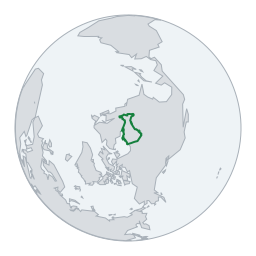 the Earth from above Ontario, rotated 204°
{"feature_id": "CAN-682", "entity_name": "Ontario", "entity_type": "Province", "adm_level": 1, "iso_a3": "CAN", "parent_name": "Canada", "parent_adm1": "", "projection": "orthographic", "projection_center": [-83.246, 49.265], "detail": "fine", "context": "on_globe", "style": "outline", "palette": "green", "viewbox_px": 256, "rotation_deg": 204, "n_neighbors": 0, "source": "natural_earth", "source_scale": "10m", "svg_char_len": 12633}
<svg xmlns="http://www.w3.org/2000/svg" viewBox="0 0 256 256"><g transform="rotate(204 128 128)"><circle cx="128" cy="128" r="113" fill="#eef3f6" stroke="#a8b0b8"/><path d="M141.8,239.8L143.1,239.5L147.5,237.9L152.0,231.1L150.0,229.7L141.7,228.5L131.9,220.7L134.8,216.5L132.5,214.6L140.0,207.7L137.8,201.5L135.2,200.7L132.6,203.4L123.3,199.3L119.9,193.9L91.0,181.0L87.9,177.2L87.8,172.1L77.9,151.1L82.3,169.5L78.5,165.1L75.4,158.0L77.2,157.2L75.1,147.2L71.7,142.1L71.5,129.4L78.3,115.9L79.4,119.1L80.9,115.7L79.6,111.5L78.4,109.7L81.9,94.0L78.8,82.1L74.3,81.0L78.0,79.3L67.1,79.3L63.1,75.5L69.8,78.2L72.2,77.3L70.6,73.9L72.6,72.3L73.1,69.8L75.7,68.3L79.4,70.2L81.2,69.3L79.9,67.0L81.8,64.2L83.3,67.7L86.7,63.2L93.5,66.2L95.5,77.8L101.4,78.9L109.3,89.7L110.7,87.7L114.6,90.9L117.8,89.8L118.3,92.3L120.3,89.3L119.2,87.2L119.7,85.2L121.5,84.4L122.5,87.5L121.8,88.3L123.0,88.8L122.7,90.7L123.9,89.3L124.9,93.2L126.5,88.3L129.4,90.6L129.4,93.5L126.0,94.5L117.6,104.5L116.5,108.2L118.4,112.1L129.1,116.4L129.3,120.1L132.1,124.1L133.5,121.4L131.9,117.3L135.3,113.4L132.8,109.2L133.8,107.1L132.7,102.4L136.5,101.8L140.9,103.8L142.0,107.7L144.0,108.8L145.8,104.2L150.8,110.9L159.1,114.4L160.0,116.4L156.4,121.7L148.9,123.8L144.2,131.5L151.0,125.3L153.1,130.8L155.0,131.3L157.0,130.4L157.7,127.9L159.2,129.7L153.1,136.2L151.6,134.7L153.6,132.6L150.0,133.7L145.9,138.6L147.3,141.2L139.7,146.5L140.6,148.5L139.4,151.0L138.5,147.3L140.0,154.1L131.2,162.4L133.1,173.8L127.2,165.3L122.7,164.3L117.2,164.4L117.4,166.3L110.0,164.4L103.6,167.7L101.7,176.3L104.6,183.1L112.9,184.2L115.1,180.7L121.0,180.2L117.3,189.6L127.7,191.0L126.9,197.6L130.0,200.8L135.1,199.7L140.4,200.8L144.0,196.7L149.9,193.8L150.3,199.0L153.3,193.7L156.8,195.6L168.3,192.4L167.5,193.9L177.3,196.6L187.4,194.9L189.8,197.1L188.6,199.7L192.0,198.5L192.0,199.8L205.1,193.8L211.3,191.8L210.8,195.8L205.0,203.8L198.3,214.0L187.5,221.9L183.8,225.1L173.7,230.9L167.2,233.3L168.1,233.2L165.6,234.2L157.8,236.6L149.9,238.5L141.8,239.8ZM26.4,128.5L27.2,126.5L27.3,128.9L26.4,128.5ZM27.3,124.5L27.1,125.3L27.1,124.4L27.3,124.5ZM27.1,123.3L27.2,124.1L26.9,123.4L27.1,123.3ZM26.7,122.0L26.9,122.6L26.7,122.0ZM132.7,177.6L144.7,181.6L138.1,182.9L139.3,181.9L136.3,180.1L130.6,178.5L124.8,179.7L132.7,177.6ZM26.5,119.5L26.5,118.8L26.8,119.2L26.5,119.5ZM137.5,171.1L135.5,170.8L137.5,170.6L137.5,171.1ZM77.5,109.2L79.4,111.6L79.8,116.1L78.0,114.2L77.5,109.2ZM77.1,101.0L78.6,101.6L76.7,105.0L76.5,103.6L77.1,101.0ZM70.6,80.7L71.7,82.4L69.9,81.3L70.6,80.7ZM72.7,69.7L71.7,69.8L72.3,68.5L72.7,69.7ZM130.7,103.1L131.7,102.8L131.3,103.8L130.7,103.1ZM129.2,101.4L128.2,102.9L127.3,102.3L128.0,101.4L129.2,101.4ZM76.9,65.0L78.3,63.1L77.5,65.4L76.9,65.0ZM130.7,99.8L126.0,101.1L124.5,100.1L125.9,96.0L130.7,99.8ZM79.4,62.1L82.6,57.5L80.7,57.1L87.8,55.8L82.8,60.0L82.2,62.9L81.2,61.6L79.4,62.1ZM118.1,86.9L119.4,89.1L116.7,88.0L118.1,86.9ZM116.3,86.7L107.3,86.6L106.4,83.2L109.6,83.8L107.0,80.1L110.9,78.4L113.2,80.1L113.0,82.6L114.6,80.1L116.3,86.7ZM91.3,55.9L92.6,55.2L91.9,56.3L91.3,55.9ZM119.7,84.3L118.0,84.6L117.0,81.6L120.3,80.6L119.6,81.8L119.7,84.3ZM104.4,80.0L104.2,77.7L107.4,75.6L107.7,74.5L110.9,78.1L104.4,80.0ZM120.7,82.1L122.0,80.2L124.0,80.9L121.4,83.9L120.7,82.1ZM115.4,81.2L115.1,79.8L116.3,80.3L115.4,81.2ZM132.0,82.8L130.0,83.0L129.3,81.4L132.0,82.8ZM122.3,79.4L121.6,79.2L121.1,78.6L122.4,77.5L122.3,79.4ZM112.9,76.4L114.2,76.1L111.7,74.9L114.0,73.4L115.7,76.1L115.9,74.4L116.6,73.9L117.2,76.6L112.9,76.4ZM122.2,74.8L125.1,77.9L129.0,77.8L129.7,79.2L123.3,79.1L122.2,74.8ZM119.2,75.6L121.2,75.4L121.1,77.1L119.6,78.3L119.2,75.6ZM114.9,71.5L111.0,73.0L110.8,72.4L114.9,71.5ZM123.3,74.4L122.6,73.7L123.6,74.2L123.3,74.4ZM117.5,72.0L116.2,72.6L115.9,71.8L117.5,72.0ZM122.2,71.8L123.2,72.7L122.2,73.6L122.2,71.8ZM120.1,71.6L120.1,70.4L121.3,73.3L119.5,71.9L120.1,71.6ZM117.5,71.2L116.9,71.0L118.1,71.1L117.5,71.2ZM125.3,68.2L127.1,71.5L125.0,73.3L123.5,69.8L125.3,68.2ZM82.7,24.9L82.8,24.8L86.4,23.3L86.5,23.4L91.9,21.3L92.2,21.3L96.3,19.9L95.7,20.1L103.4,18.1L111.2,16.6L119.1,15.7L127.0,15.4L134.9,15.6L142.8,16.3L150.7,17.7L158.4,19.5L165.9,21.9L173.3,24.9L180.4,28.3L187.3,32.3L193.9,36.7L200.2,41.5L201.4,42.6L209.2,49.9L216.2,58.0L215.9,58.2L214.5,56.8L214.4,56.7L216.8,59.4L216.1,59.3L218.2,60.5L222.8,67.1L226.9,74.1L230.5,81.4L233.6,88.9L236.2,96.6L238.1,104.4L239.6,112.4L240.4,120.5L240.3,119.5L240.2,119.3L240.3,123.8L239.9,123.6L239.7,126.0L236.6,144.1L234.1,146.1L227.2,143.4L226.6,136.7L223.7,132.5L217.2,100.3L219.0,96.5L217.4,80.1L217.8,78.7L221.4,82.7L223.0,75.2L219.5,69.8L217.5,62.7L214.0,56.9L206.7,50.5L212.4,59.7L210.0,59.4L202.7,50.2L197.2,42.8L196.1,42.5L196.7,45.8L192.6,43.0L196.6,47.0L197.1,46.2L199.7,48.8L199.4,49.7L197.9,48.6L198.7,50.8L205.5,55.8L206.7,55.6L210.7,62.7L213.1,63.0L215.3,65.7L211.9,66.2L210.0,65.0L206.1,68.7L208.5,70.6L212.3,67.3L212.4,68.9L215.6,71.8L213.2,70.9L208.5,74.3L210.1,81.8L217.3,94.7L217.2,99.4L214.8,102.3L207.1,95.2L208.2,85.6L205.5,83.3L200.9,83.9L201.6,81.0L199.9,80.2L199.9,76.8L195.6,71.1L194.9,67.7L189.1,64.8L188.0,62.8L191.8,65.0L194.0,64.9L191.9,57.1L190.2,55.4L186.6,54.3L186.5,52.5L183.3,52.4L180.0,48.1L181.3,53.4L177.1,52.6L172.9,49.8L171.8,50.6L178.6,55.1L181.1,56.1L182.9,55.4L190.0,59.4L191.7,62.3L185.1,62.0L186.7,66.1L180.9,64.4L166.0,52.7L161.8,48.4L163.7,41.7L167.0,42.6L168.0,45.5L170.9,43.1L168.8,43.1L168.7,41.7L164.7,40.9L164.4,39.9L161.0,40.9L160.2,39.6L162.4,39.0L155.7,36.9L153.0,34.4L151.6,34.5L150.9,35.3L147.9,31.7L147.0,32.0L147.7,33.2L146.3,34.5L142.8,35.5L142.0,34.2L143.1,33.7L144.3,30.8L147.5,29.7L146.7,29.3L143.8,29.9L142.4,33.4L140.5,34.4L140.7,32.6L140.5,33.3L139.3,33.4L137.3,32.4L136.9,34.4L124.8,38.2L119.8,36.8L121.3,34.6L112.0,36.6L107.0,35.5L107.6,36.5L103.6,38.5L105.1,38.9L105.0,39.6L95.3,45.5L92.4,46.1L88.9,50.4L89.2,51.0L91.2,50.7L87.8,55.8L80.7,57.1L80.3,55.7L76.1,57.7L75.9,54.1L73.8,52.3L76.0,47.5L74.2,46.7L72.7,47.7L69.1,47.4L66.6,44.0L75.0,42.5L80.0,47.9L78.5,45.2L80.7,44.6L81.4,43.0L80.2,41.4L78.9,41.9L86.7,34.2L87.6,29.3L82.9,32.0L79.5,32.7L76.5,30.7L83.7,24.6L79.3,26.5L79.0,26.6L82.7,24.9ZM223.1,112.4L224.2,114.0L223.1,112.4ZM193.9,37.5L189.0,33.7L187.0,33.3L184.9,31.9L185.0,32.4L186.9,33.4L186.4,34.6L182.8,32.4L181.2,32.2L182.8,33.5L189.5,37.4L190.2,35.5L193.1,37.3L193.9,37.5ZM168.7,192.3L170.1,192.8L168.3,193.4L168.7,192.3ZM137.4,185.4L139.8,185.3L141.1,186.0L139.3,186.5L137.4,185.4ZM157.7,182.4L160.4,182.3L157.6,183.4L157.7,182.4ZM146.5,182.0L155.5,182.7L150.0,185.4L144.3,184.9L148.2,183.9L146.5,182.0ZM136.6,174.8L138.2,175.1L137.8,176.2L136.6,174.8ZM139.0,171.0L138.4,171.1L137.5,170.3L139.0,171.0ZM153.4,130.4L154.0,129.9L156.1,129.6L155.3,130.8L153.4,130.4ZM164.7,122.2L166.9,125.2L164.7,123.8L164.0,125.9L158.5,125.8L160.1,117.4L160.4,121.2L164.7,122.2ZM151.7,123.6L155.0,124.4L151.3,123.9L151.7,123.6ZM190.4,79.8L191.8,78.8L193.9,80.5L194.7,85.4L191.7,82.9L190.4,79.8ZM193.3,77.0L186.6,75.7L185.8,72.8L187.4,74.6L187.5,72.8L190.1,75.3L195.9,74.1L198.1,75.6L198.4,83.4L197.1,79.9L195.8,81.0L193.3,77.0ZM170.8,79.3L167.8,79.2L169.9,73.0L172.4,73.8L173.4,78.6L171.0,80.4L170.8,79.3ZM134.0,92.5L132.8,93.3L132.5,92.4L133.3,91.0L134.0,92.5ZM131.2,83.0L139.2,88.4L138.2,89.5L144.1,91.6L143.8,95.4L139.9,93.9L144.1,98.5L140.4,98.6L143.6,101.5L135.0,97.7L132.0,98.1L135.6,96.1L136.0,92.6L135.3,91.2L130.9,87.7L124.4,87.2L123.8,83.9L125.1,81.6L126.6,81.2L126.5,83.5L128.5,81.3L129.5,84.3L131.2,83.0ZM140.6,60.1L139.9,62.4L144.1,59.5L145.2,62.1L145.6,61.6L147.7,63.3L150.9,64.6L150.9,65.9L152.2,65.8L153.6,67.0L155.4,67.4L155.9,70.0L158.1,70.7L157.1,71.5L160.8,72.1L158.3,72.8L159.9,74.6L161.5,73.0L160.2,86.9L161.5,92.5L164.0,96.9L159.4,97.9L154.2,94.4L149.4,89.1L148.7,83.7L146.8,85.2L145.9,83.1L147.8,82.8L144.3,82.1L144.1,80.3L139.8,76.2L134.9,76.5L133.2,75.2L135.0,74.2L132.0,73.5L134.2,70.7L133.1,69.7L134.1,66.1L138.2,64.9L136.6,63.9L137.3,61.2L140.6,60.1ZM125.7,67.1L130.4,64.9L133.3,65.3L130.3,71.5L131.1,72.8L129.3,77.0L125.1,76.4L126.0,75.2L125.9,74.0L127.3,74.6L126.1,73.1L127.3,71.5L126.8,70.0L128.5,69.6L125.7,67.1ZM216.2,75.8L216.1,74.5L215.4,72.3L217.4,74.2L216.2,75.8ZM213.0,78.2L212.7,76.8L215.2,78.2L215.3,79.6L213.0,78.2ZM210.3,75.0L212.4,76.6L211.3,76.6L210.3,75.0ZM191.2,63.7L190.5,62.3L191.3,62.4L192.6,63.4L191.2,63.7ZM153.3,52.9L152.4,54.0L151.7,53.7L148.2,54.7L147.2,53.0L148.9,51.7L153.3,52.9ZM208.9,52.8L211.2,55.2L211.2,55.7L210.4,54.7L208.9,52.8ZM215.5,64.9L215.0,62.6L216.0,65.5L215.5,64.9ZM151.6,51.2L150.2,51.8L150.5,50.6L151.6,51.2ZM146.2,51.8L146.2,50.4L146.6,52.9L146.2,51.8ZM140.8,38.8L146.9,39.1L150.5,38.5L151.5,36.8L152.7,39.5L147.1,40.4L140.8,38.8ZM126.9,38.3L126.1,40.1L124.7,39.4L124.7,38.9L126.9,38.3ZM127.6,39.3L129.8,41.3L128.2,42.4L126.8,40.5L127.6,39.3ZM140.9,45.7L142.8,45.9L142.5,46.9L140.9,45.7ZM74.7,28.8L74.2,29.0L70.4,31.2L70.4,31.4L68.0,33.2L69.5,32.9L68.6,33.8L66.1,34.9L64.6,35.1L70.5,31.1L71.7,30.4L74.7,28.8ZM70.3,32.7L72.0,33.4L67.6,36.2L66.3,36.7L67.3,35.1L69.6,33.7L70.3,32.7ZM71.1,34.5L73.3,33.2L80.5,33.0L80.9,33.7L73.1,35.0L74.8,33.9L73.8,33.6L71.1,34.5ZM91.9,54.6L92.5,55.1L91.3,55.3L91.9,54.6ZM106.0,39.7L105.7,40.7L104.3,40.8L106.0,39.7ZM104.3,43.5L106.1,42.7L104.6,44.1L104.3,43.5ZM110.1,41.0L107.0,42.7L109.5,40.3L110.1,41.0Z" fill="#d9dde1" stroke="#a8b0b8" stroke-width="1"/><path d="M119.9,130.2L119.6,130.1L119.4,130.1L119.2,130.1L119.1,129.9L118.5,129.9L118.4,129.9L118.2,129.8L118.1,129.7L117.8,129.6L117.5,129.8L117.4,129.8L117.2,129.8L117.1,129.7L116.9,129.7L117.0,129.6L116.9,129.5L116.6,129.4L116.5,129.2L116.4,129.1L116.2,129.1L116.2,129.3L116.0,129.1L116.0,128.9L115.9,128.9L115.7,128.8L115.8,128.7L115.5,128.6L115.4,128.5L115.1,128.4L114.8,128.4L114.8,128.5L114.7,128.5L114.4,128.5L114.3,128.3L113.8,128.2L113.5,128.0L113.4,128.0L113.3,127.8L113.3,127.6L113.2,127.1L113.3,127.0L113.2,126.8L113.1,126.7L112.9,126.6L114.0,119.9L116.0,118.4L117.4,117.1L118.9,115.6L121.0,113.8L121.9,112.9L122.0,112.9L122.0,113.0L122.3,113.3L122.4,113.5L122.5,113.6L122.8,113.7L122.9,113.8L123.0,114.0L123.1,114.3L123.2,114.5L123.3,114.6L123.5,114.7L123.5,114.8L123.5,114.7L123.8,114.8L124.0,114.9L124.2,115.0L124.3,115.1L124.5,115.2L124.6,115.3L125.1,115.4L125.2,115.5L125.3,115.5L125.6,115.9L125.7,116.0L125.9,116.0L125.7,116.3L125.6,116.5L125.8,116.2L126.0,116.1L126.5,116.3L126.5,116.2L126.9,116.2L127.1,116.2L127.4,116.2L127.5,116.2L127.5,116.3L127.4,116.3L127.5,116.3L127.6,116.5L127.6,116.4L127.5,116.2L127.7,116.3L128.0,116.3L128.3,116.3L128.3,116.5L128.4,116.4L128.5,116.5L128.7,116.4L128.8,116.5L128.8,116.4L128.9,116.5L129.0,116.6L129.0,116.4L129.1,116.5L129.1,116.8L129.1,117.0L129.1,117.6L129.0,117.8L128.9,117.9L128.9,118.0L128.9,118.3L129.0,118.4L129.0,118.5L129.3,119.1L129.2,119.3L129.2,119.5L129.3,119.8L129.3,120.1L129.2,120.2L129.2,120.3L129.1,120.6L129.2,120.8L129.3,120.9L129.4,121.0L129.5,121.0L129.6,121.3L129.9,121.6L130.0,121.7L130.0,121.8L130.1,122.0L129.8,122.1L129.7,122.1L129.8,122.1L130.1,122.1L130.2,122.3L130.3,122.4L130.5,122.5L130.8,122.8L131.0,122.8L131.1,123.0L131.3,123.5L131.5,123.8L131.2,124.0L130.9,124.3L130.8,124.5L130.8,124.4L130.9,124.5L130.9,124.4L131.0,124.3L131.2,124.2L131.3,124.1L131.5,123.9L131.9,123.9L131.9,124.0L132.0,124.0L132.3,124.2L132.4,124.4L132.5,124.5L132.9,130.7L132.9,131.2L132.9,131.4L132.9,131.6L133.1,131.8L133.1,132.1L133.2,132.3L133.3,132.5L133.5,132.6L133.6,132.9L133.7,133.0L133.8,133.2L133.9,133.3L134.1,133.4L134.1,133.6L134.5,133.6L134.8,133.7L135.0,133.7L135.6,133.8L135.9,133.9L136.0,134.0L136.2,134.3L136.3,134.4L136.6,134.5L136.7,134.4L136.8,134.3L136.9,134.5L137.0,134.7L137.1,134.8L137.4,134.9L137.5,135.0L137.6,134.9L137.8,134.9L138.0,135.0L138.3,135.1L138.4,134.9L138.5,134.9L138.8,134.7L139.2,134.6L139.4,134.5L139.6,134.5L139.8,134.4L139.9,134.5L140.0,134.5L140.1,135.1L140.3,135.2L140.2,135.3L140.1,135.5L139.9,135.6L139.6,135.7L139.4,135.9L139.1,136.1L138.5,136.7L138.4,136.9L138.3,137.0L138.1,137.2L138.0,137.3L137.9,137.3L137.7,137.5L137.2,138.6L134.5,138.9L134.4,138.9L133.8,139.2L134.0,139.6L134.0,139.8L134.1,140.0L134.2,140.3L134.1,140.5L132.4,141.4L130.9,141.8L129.2,142.9L128.8,142.9L128.3,142.5L128.2,142.4L128.1,142.2L128.2,141.8L128.2,141.6L128.3,141.6L128.6,141.5L128.9,141.2L129.0,141.1L129.1,140.8L129.1,140.7L129.1,140.4L129.2,140.2L129.6,139.2L129.0,135.7L128.9,135.6L127.7,134.9L127.6,134.7L127.7,134.4L127.6,134.2L127.3,134.2L127.2,134.2L127.1,134.3L127.0,134.2L126.9,134.1L126.8,133.8L126.8,133.7L126.8,133.4L126.7,133.3L126.4,133.4L126.3,133.5L126.2,133.5L125.9,133.2L125.8,132.7L123.6,131.2L121.3,129.7L120.9,129.7L120.0,130.2L119.9,130.2ZM132.6,124.5L132.4,124.4L132.3,124.2L132.4,123.9L132.4,123.7L132.5,123.6L132.6,124.5Z" fill="none" stroke="#15803d" stroke-width="2"/></g></svg>